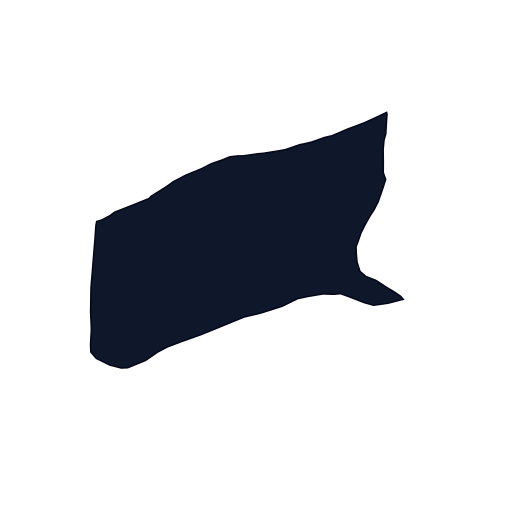 Forpoh, Grand Kru, Liberia (Equal Earth projection), rotated 234°
{"feature_id": "62588387B83711466952292", "entity_name": "Forpoh", "entity_type": "district", "adm_level": 2, "iso_a3": "LBR", "parent_name": "Liberia", "parent_adm1": "Grand Kru", "projection": "equal_earth", "projection_center": [-8.241, 5.11], "detail": "fine", "context": "isolated", "style": "filled", "palette": "ink", "viewbox_px": 512, "rotation_deg": 234, "n_neighbors": 0, "source": "geoboundaries", "source_scale": "gbopen_adm2", "svg_char_len": 1279}
<svg xmlns="http://www.w3.org/2000/svg" viewBox="0 0 512 512"><g transform="rotate(234 256 256)"><path d="M134.4,349.7L138.9,349.2L144.8,347.1L154.7,342.9L165.8,338.7L174.8,332.9L182.4,331.1L186.6,332.5L191.7,334.2L199.4,338.8L204.7,342.5L208.6,348.3L213.0,354.6L217.6,363.5L218.2,364.9L221.3,371.6L223.9,378.5L228.1,386.8L236.4,398.7L241.7,405.9L248.7,408.0L257.5,414.5L267.4,421.5L274.4,427.6L278.5,432.8L290.1,442.3L293.6,445.3L295.4,446.1L298.1,431.9L300.2,421.6L304.8,405.1L308.6,388.3L311.6,381.2L315.4,368.3L318.5,360.8L320.4,356.8L323.5,346.5L324.9,342.1L327.5,336.7L334.7,322.5L337.7,317.5L344.7,304.2L347.6,300.3L351.7,293.0L353.6,285.1L357.0,274.0L358.6,263.4L361.1,253.2L362.7,246.6L364.7,233.1L364.8,223.7L365.5,213.7L366.0,206.4L365.4,203.3L371.0,181.1L374.6,167.3L374.5,161.5L375.9,152.1L377.6,147.4L374.9,144.5L363.8,135.2L357.7,129.9L356.4,128.8L338.2,113.2L327.4,103.9L308.1,89.4L293.6,79.8L281.8,70.2L275.4,65.9L267.0,66.6L253.5,73.7L244.5,81.2L241.0,86.5L236.4,105.4L236.1,119.7L234.5,130.9L230.8,144.5L224.5,166.1L219.5,186.4L213.7,210.2L206.8,226.9L199.9,247.9L197.0,264.6L192.6,274.5L185.8,288.1L184.7,289.5L179.2,296.6L175.8,302.3L165.8,309.0L154.7,316.1L147.0,322.2L140.2,335.0L134.4,349.7Z" fill="#0f172a" stroke="#020617" stroke-width="1.5"/></g></svg>